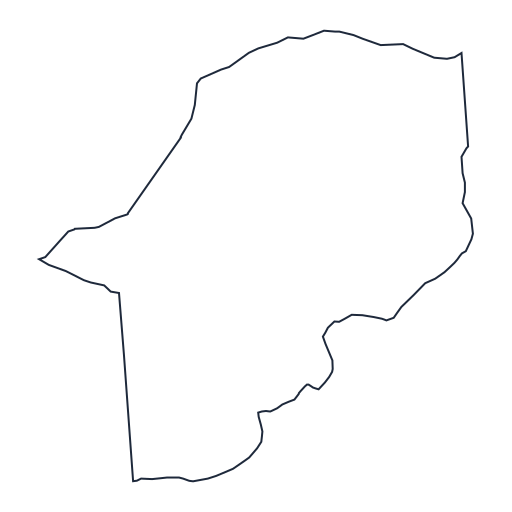 Perou, Anse-la-Raye, Saint Lucia (Albers equal-area conic projection)
{"feature_id": "8701671B34343071784823", "entity_name": "Perou", "entity_type": "district", "adm_level": 2, "iso_a3": "LCA", "parent_name": "Saint Lucia", "parent_adm1": "Anse-la-Raye", "projection": "albers", "projection_center": [-61.007, 13.959], "detail": "fine", "context": "isolated", "style": "outline", "palette": "slate", "viewbox_px": 512, "rotation_deg": 0, "n_neighbors": 0, "source": "geoboundaries", "source_scale": "gbopen_adm2", "svg_char_len": 1833}
<svg xmlns="http://www.w3.org/2000/svg" viewBox="0 0 512 512"><path d="M472.9,233.7L471.2,218.5L462.6,203.2L464.9,192.1L464.9,182.6L462.6,173.2L461.5,156.8L466.5,148.2L468.1,146.5L461.5,53.0L454.6,57.2L447.0,58.8L434.2,57.7L412.8,48.8L403.1,44.1L380.7,45.1L362.8,38.8L353.6,35.1L339.3,31.6L335.1,31.6L324.0,30.7L312.8,35.1L303.4,38.7L287.9,37.4L277.2,42.7L258.3,48.4L248.9,52.8L229.1,67.0L221.0,69.6L200.8,78.5L197.0,83.3L194.8,105.0L191.4,118.7L181.9,134.6L180.3,137.8L181.3,137.0L127.9,213.2L127.9,213.9L127.1,214.5L115.1,218.3L98.9,226.9L94.7,227.8L74.8,228.8L74.4,229.4L68.3,231.5L59.8,240.9L45.3,257.1L39.1,259.2L48.8,264.9L65.9,271.1L83.9,280.2L90.8,282.5L104.2,285.4L110.7,291.6L119.0,293.0L124.0,355.6L133.1,481.2L136.9,480.7L141.1,478.6L145.2,478.8L152.1,479.1L160.9,478.2L167.3,477.5L178.9,477.5L183.1,478.6L186.7,479.9L188.9,480.7L189.8,480.9L193.1,481.3L207.8,478.6L216.2,475.9L233.0,468.8L245.3,460.3L249.2,457.5L257.1,448.3L261.3,441.8L261.9,436.6L262.4,431.5L260.8,424.5L258.7,416.9L258.2,412.6L261.8,411.5L263.4,411.3L266.0,411.0L269.1,411.4L270.2,411.5L271.4,411.0L277.1,408.3L280.3,406.0L282.3,404.5L288.6,401.8L291.2,400.8L294.4,399.6L297.1,396.1L298.7,394.0L298.9,393.1L300.5,391.2L304.9,386.4L306.4,385.1L306.9,384.6L308.6,384.6L310.9,386.1L311.8,386.7L312.9,387.5L315.5,388.4L318.6,389.3L324.9,382.5L329.2,376.9L332.1,371.9L332.7,369.0L332.5,363.4L332.4,360.4L325.5,343.9L322.9,336.6L325.3,332.7L327.9,327.7L334.4,321.5L339.1,321.8L344.5,318.9L348.9,316.4L351.7,314.8L356.7,315.0L362.4,315.2L367.2,316.0L373.5,317.0L378.9,318.1L381.8,318.7L384.4,319.6L386.4,320.4L393.7,317.8L397.1,312.9L401.4,306.9L413.7,295.0L425.2,283.2L435.2,278.7L444.6,272.1L450.0,267.1L454.3,263.0L455.7,261.4L457.4,259.4L459.8,256.0L461.9,253.4L465.8,251.2L471.4,239.3L472.9,233.7Z" fill="none" stroke="#1e293b" stroke-width="2"/></svg>